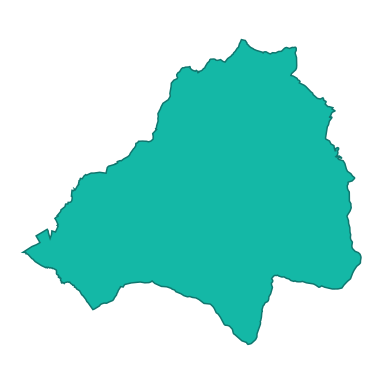 Bretcu, Covasna, Romania (orthographic projection)
{"feature_id": "2599482B63813155065501", "entity_name": "Bretcu", "entity_type": "district", "adm_level": 2, "iso_a3": "ROU", "parent_name": "Romania", "parent_adm1": "Covasna", "projection": "orthographic", "projection_center": [26.35, 46.045], "detail": "fine", "context": "isolated", "style": "filled", "palette": "teal", "viewbox_px": 384, "rotation_deg": 0, "n_neighbors": 0, "source": "geoboundaries", "source_scale": "gbopen_adm2", "svg_char_len": 5878}
<svg xmlns="http://www.w3.org/2000/svg" viewBox="0 0 384 384"><path d="M341.9,288.0L344.0,285.0L347.5,281.3L350.5,278.8L352.6,273.2L354.1,270.2L356.7,266.3L359.4,264.1L360.4,262.9L360.5,260.7L361.0,257.7L360.8,256.3L360.0,254.2L358.3,252.6L355.2,251.4L352.7,248.8L352.1,247.7L351.8,246.0L352.4,242.1L350.8,239.7L350.5,238.6L350.4,237.1L350.7,234.7L350.0,232.2L349.8,227.5L348.6,223.4L348.5,220.7L347.0,216.4L347.1,215.7L350.1,210.9L351.2,207.8L350.9,205.5L350.9,203.7L349.4,201.1L349.3,192.6L349.1,191.6L348.3,190.6L347.5,188.7L347.2,185.7L348.2,183.9L348.0,182.6L348.3,182.1L352.2,180.9L354.2,178.8L354.6,178.2L354.5,177.6L352.5,176.0L350.9,173.7L347.5,171.4L346.4,169.1L344.8,163.4L343.2,160.8L338.7,159.4L337.9,158.5L338.3,157.9L339.3,157.6L341.3,158.2L341.6,157.9L341.3,157.4L339.0,155.9L336.4,157.0L335.8,156.7L337.1,155.4L337.6,154.3L337.9,152.7L337.5,151.0L338.7,149.0L338.5,148.0L337.6,147.6L335.8,148.4L335.4,149.3L335.7,150.6L335.2,150.8L334.4,148.7L333.9,145.6L331.0,144.0L329.5,141.0L325.9,139.1L325.5,138.2L327.3,126.8L328.5,124.8L329.3,121.2L331.9,117.7L331.6,117.0L330.0,117.4L329.6,117.3L329.6,116.9L330.6,115.8L331.5,113.4L332.3,112.3L334.9,111.0L334.9,110.7L332.0,109.0L332.9,107.7L329.0,106.6L327.8,106.6L325.2,104.0L326.1,101.8L325.7,101.2L324.4,100.7L323.4,99.7L323.7,99.2L322.9,97.8L320.3,99.0L317.4,98.4L313.1,94.6L312.6,93.1L310.8,91.7L305.7,86.4L304.1,85.2L299.3,82.9L300.0,81.5L299.4,80.6L297.9,79.9L297.0,78.3L293.3,76.1L290.9,75.5L291.6,73.6L295.7,69.8L296.5,68.1L296.7,65.6L296.5,57.5L295.2,53.3L295.2,52.5L296.2,50.4L296.2,48.3L295.8,47.5L295.2,47.2L293.6,47.5L292.2,47.4L289.4,48.5L286.6,47.5L285.9,47.6L284.6,48.2L281.4,51.3L278.5,51.5L275.7,52.9L272.5,52.7L270.4,53.9L269.1,53.5L266.0,51.8L264.1,51.9L263.1,52.9L262.7,52.3L256.4,50.4L253.4,49.1L253.2,48.7L250.8,47.5L249.0,46.0L248.7,45.4L247.0,43.9L247.0,43.1L245.3,40.5L241.4,39.6L240.1,42.8L239.6,43.3L238.5,47.2L237.2,48.3L235.2,51.4L233.8,52.7L232.9,54.4L232.3,54.6L231.0,56.2L227.6,58.6L225.0,62.1L222.9,61.4L220.6,59.6L217.7,60.4L216.0,60.2L215.4,59.5L214.0,59.0L210.5,59.2L209.9,59.7L209.2,61.4L207.4,63.0L205.2,66.7L204.8,67.9L203.5,68.6L202.3,70.1L201.0,70.9L199.9,71.1L199.2,71.9L198.0,72.7L197.8,72.3L198.2,71.8L198.1,71.3L196.7,70.9L196.2,70.4L195.4,71.2L192.7,70.3L191.5,69.5L190.2,68.2L190.2,67.1L189.8,66.6L188.6,67.0L185.3,67.2L184.0,67.8L182.6,67.8L181.4,68.8L179.5,71.9L178.1,72.6L176.9,74.4L176.7,74.8L176.9,76.3L177.6,77.5L177.1,78.7L173.8,80.2L171.3,83.2L171.1,86.7L169.9,93.4L170.3,96.2L168.3,99.7L163.0,103.3L161.1,106.9L160.1,109.7L159.4,110.5L159.3,111.4L158.7,112.1L157.9,113.8L158.3,116.5L157.9,118.3L158.1,121.1L156.7,125.6L156.4,128.0L155.6,128.6L155.8,129.2L156.5,129.5L152.7,133.6L153.2,136.3L153.1,139.0L152.8,139.4L150.7,141.2L148.5,141.8L146.6,141.3L142.3,141.1L138.5,141.3L137.6,142.7L135.9,143.4L135.7,145.9L134.4,148.0L133.6,148.7L130.4,153.2L129.5,155.2L127.8,156.7L123.9,158.8L121.2,160.8L120.2,160.6L117.3,161.6L117.7,162.8L115.2,163.9L115.4,164.2L108.6,166.2L107.3,167.5L106.0,173.2L99.7,172.3L93.8,173.1L91.1,173.1L86.6,175.1L85.7,174.6L84.0,176.0L82.3,178.7L80.4,178.4L80.1,179.0L80.2,179.7L79.0,180.8L79.1,181.7L78.8,182.1L78.5,184.0L78.8,184.3L78.6,184.7L78.2,184.7L77.9,185.6L77.3,186.1L75.6,189.2L74.9,189.4L74.5,189.1L74.9,190.0L73.6,190.3L73.5,190.7L72.0,190.3L71.4,196.2L72.0,196.3L72.2,198.1L71.8,200.6L71.3,201.4L70.4,202.3L68.1,202.4L67.9,203.9L65.6,204.1L65.0,206.7L61.0,209.8L60.8,211.0L60.2,212.1L57.2,215.6L58.1,216.1L58.0,216.4L56.7,216.9L54.9,218.4L56.1,220.2L58.0,224.5L57.1,225.4L58.1,226.2L55.5,232.0L51.9,230.9L51.5,234.6L50.1,238.5L48.4,232.9L48.1,230.8L47.2,229.3L36.1,235.9L40.0,242.6L36.6,244.6L32.0,246.5L23.0,252.3L25.9,252.5L25.9,253.7L27.4,254.0L28.3,254.6L31.8,258.5L32.9,259.1L35.2,261.6L41.5,265.6L45.9,267.7L46.3,267.2L47.4,267.9L47.9,267.3L48.2,267.2L49.9,268.0L50.7,267.6L51.7,268.1L52.2,268.0L52.5,268.5L53.8,268.6L56.3,270.1L56.6,271.0L56.4,271.8L56.7,272.5L56.4,273.0L56.6,274.0L57.0,274.5L57.9,274.7L58.2,275.8L58.6,275.8L58.9,276.2L58.5,277.3L59.1,277.6L59.9,277.5L59.9,278.1L60.8,278.3L60.9,278.9L60.6,279.4L60.5,280.1L60.8,280.8L61.5,281.4L61.3,282.2L61.6,282.9L62.6,282.5L63.0,283.0L63.6,282.8L64.2,283.5L64.8,282.7L65.4,282.5L67.9,281.9L68.9,282.3L69.7,282.1L70.1,282.4L70.4,283.2L72.5,284.7L72.8,285.3L73.8,285.2L74.5,286.2L74.5,287.1L75.2,287.3L76.2,288.0L76.6,288.9L79.6,290.8L81.7,294.7L83.1,295.9L85.7,299.2L86.9,301.6L88.1,302.8L92.9,309.6L94.6,308.9L99.5,305.9L100.3,304.7L101.5,303.9L104.1,303.1L106.7,303.2L108.8,302.1L112.7,300.5L113.6,299.5L114.4,297.8L116.6,294.8L116.8,293.5L117.4,292.8L118.4,290.3L120.3,287.4L120.5,286.6L123.2,287.0L124.2,285.1L125.1,284.4L131.3,282.9L140.3,282.0L144.7,282.8L149.0,282.6L150.9,281.9L152.1,281.0L154.8,283.4L161.4,286.4L166.8,286.8L171.1,288.3L172.2,289.2L174.6,290.0L175.9,291.7L181.1,293.8L183.8,295.6L187.4,296.8L189.9,296.5L192.3,297.4L195.9,297.9L199.1,299.6L204.0,303.4L209.9,304.0L210.6,304.3L213.0,306.6L214.3,308.5L216.2,312.7L218.2,314.1L220.3,317.1L224.2,324.4L225.2,325.2L227.5,325.4L229.5,326.1L232.4,329.3L233.3,333.1L234.0,334.1L235.0,334.7L241.9,340.8L246.6,342.5L247.0,343.5L248.0,344.4L250.9,343.7L252.0,342.9L255.6,339.6L256.9,337.0L257.0,333.8L260.4,324.2L260.5,322.5L260.2,321.5L260.7,320.6L261.4,317.3L261.8,312.6L262.3,311.2L262.0,309.9L263.0,306.3L263.4,305.5L264.1,304.9L264.8,303.2L265.8,302.4L267.5,301.6L268.3,300.5L268.7,299.3L268.9,296.7L270.6,293.9L272.4,287.6L272.4,287.1L271.6,285.1L271.4,283.1L272.6,281.8L272.8,280.8L272.6,280.1L271.6,278.8L271.7,278.5L273.5,276.2L274.8,275.4L276.7,275.5L277.6,275.2L278.7,276.0L281.8,277.0L284.2,276.9L286.4,278.3L288.9,278.9L290.9,280.5L293.9,281.4L295.0,280.9L296.4,281.6L298.2,281.8L300.6,281.8L302.5,281.4L306.4,282.8L313.4,283.9L315.6,285.0L318.8,287.2L319.7,287.1L321.6,285.9L324.7,287.2L332.4,289.0L338.0,288.9L341.9,288.0Z" fill="#14b8a6" stroke="#0f766e" stroke-width="1.5"/></svg>